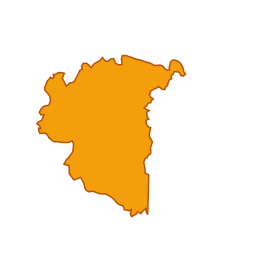 outline of Cruzmaltina, Paraná, Brazil, rotated 149°
{"feature_id": "56859067B80032191176175", "entity_name": "Cruzmaltina", "entity_type": "district", "adm_level": 2, "iso_a3": "BRA", "parent_name": "Brazil", "parent_adm1": "Paraná", "projection": "orthographic", "projection_center": [-51.488, -24.002], "detail": "fine", "context": "isolated", "style": "filled", "palette": "amber", "viewbox_px": 256, "rotation_deg": 149, "n_neighbors": 0, "source": "geoboundaries", "source_scale": "gbopen_adm2", "svg_char_len": 2419}
<svg xmlns="http://www.w3.org/2000/svg" viewBox="0 0 256 256"><g transform="rotate(149 128 128)"><path d="M50.9,144.6L51.2,147.4L50.1,150.4L49.7,153.3L49.8,157.0L51.2,160.3L53.2,162.4L55.4,163.3L57.6,162.6L61.4,158.8L62.4,156.6L64.7,157.3L65.9,159.5L66.0,162.4L68.1,165.4L72.9,167.8L75.8,172.5L79.0,175.7L82.7,180.2L84.9,182.0L88.1,186.1L90.4,188.7L92.4,191.2L95.6,192.9L98.1,190.5L99.2,187.9L100.8,185.4L103.7,187.2L105.3,190.0L104.9,193.0L104.7,195.0L107.2,196.0L110.3,195.5L112.6,196.4L113.1,198.6L113.5,201.5L117.4,200.2L120.6,200.4L123.3,200.6L125.4,200.0L128.6,198.7L129.4,202.8L130.2,204.8L133.2,206.5L136.3,204.5L136.5,202.1L139.5,202.3L142.5,200.2L146.0,198.1L150.1,195.4L152.7,195.7L154.7,196.7L156.5,196.1L159.2,195.7L159.1,199.1L158.6,204.5L156.3,206.3L154.4,207.6L156.3,209.6L159.3,211.4L162.9,211.3L164.5,212.4L164.9,209.9L167.4,209.3L168.4,211.4L170.3,210.6L173.2,209.7L176.1,207.5L179.2,204.9L179.7,202.7L178.8,197.8L178.7,195.2L180.7,191.0L184.4,188.2L186.3,189.3L189.5,189.9L192.4,189.2L195.9,187.2L195.9,184.2L193.2,182.4L196.5,180.3L198.0,179.1L201.4,179.3L203.9,178.5L202.7,175.6L203.0,172.6L204.9,173.9L206.1,170.8L206.3,168.7L202.4,166.7L200.8,164.7L200.7,159.6L198.6,154.5L195.7,152.7L190.7,148.7L186.8,146.4L182.6,145.7L182.6,143.2L183.8,140.9L187.0,136.7L188.6,135.6L191.7,134.2L193.7,133.4L197.1,132.6L201.6,129.8L197.9,126.1L199.3,123.5L201.9,118.9L201.1,111.4L194.1,110.0L194.2,103.7L194.8,101.5L195.7,99.2L196.1,97.2L194.9,93.9L190.4,91.6L186.8,87.0L184.1,84.7L182.0,83.6L180.6,82.2L179.4,80.2L177.7,76.9L176.5,72.8L176.2,69.7L175.1,67.2L173.4,65.1L172.3,63.4L173.2,59.8L169.8,56.6L167.2,56.3L169.2,54.1L170.5,52.6L170.6,50.2L167.9,50.1L165.7,50.0L162.9,51.2L161.1,47.9L158.7,49.0L154.3,50.0L155.5,46.8L155.8,43.6L137.5,72.1L134.4,77.2L136.5,80.5L134.8,83.7L133.1,87.7L132.3,90.4L129.3,93.0L126.5,92.9L124.9,94.2L121.8,94.3L120.0,97.2L118.8,99.6L116.7,101.2L114.2,103.7L114.1,109.5L112.9,112.0L110.4,114.5L108.4,116.6L109.9,118.1L110.3,121.7L108.6,125.3L105.6,124.9L105.8,127.5L105.0,129.8L103.7,131.9L100.8,132.0L102.8,134.7L103.9,136.8L100.2,137.6L97.8,138.9L95.5,138.0L93.6,139.6L91.3,139.9L92.6,142.5L92.6,145.2L89.9,147.7L87.0,148.1L83.3,147.5L80.4,147.7L78.8,143.7L76.7,141.9L74.4,143.9L72.1,144.0L70.8,145.8L68.0,147.8L65.3,147.8L63.6,150.9L61.7,150.9L59.4,152.6L57.4,151.2L55.4,149.5L55.5,145.6L53.6,143.9L50.9,144.6Z" fill="#f59e0b" stroke="#b45309" stroke-width="1.5"/></g></svg>